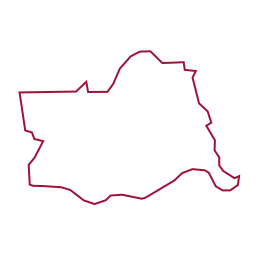 Perry, Tennessee, United States of America (Equal Earth projection), rotated 263°
{"feature_id": "52423323B62285157730678", "entity_name": "Perry", "entity_type": "district", "adm_level": 2, "iso_a3": "USA", "parent_name": "United States of America", "parent_adm1": "Tennessee", "projection": "equal_earth", "projection_center": [-87.883, 35.632], "detail": "fine", "context": "isolated", "style": "outline", "palette": "rose", "viewbox_px": 256, "rotation_deg": 263, "n_neighbors": 0, "source": "geoboundaries", "source_scale": "gbopen_adm2", "svg_char_len": 768}
<svg xmlns="http://www.w3.org/2000/svg" viewBox="0 0 256 256"><g transform="rotate(263 128 128)"><path d="M176.5,24.7L138.1,25.7L135.3,32.1L128.5,33.7L125.3,42.2L110.0,31.7L103.5,24.9L83.8,23.6L82.2,26.7L80.8,36.2L77.3,54.6L73.5,63.2L61.6,75.2L56.6,85.4L59.0,97.1L63.1,102.5L62.5,113.9L56.1,133.1L56.8,137.1L70.2,167.5L76.7,176.4L79.3,187.0L76.7,198.9L73.8,202.7L59.5,208.0L54.5,214.4L53.6,221.7L58.0,230.1L66.7,232.4L65.2,227.6L73.8,217.2L79.8,214.0L87.7,215.0L95.3,211.2L105.2,212.8L120.7,206.0L123.1,211.3L134.8,209.1L143.8,201.5L170.2,198.2L176.3,202.3L178.8,191.4L186.5,191.3L188.3,170.0L201.4,159.6L202.4,149.0L198.7,139.3L187.9,127.1L173.7,118.8L166.4,112.0L168.6,92.8L178.9,92.2L170.5,80.9L176.5,24.7Z" fill="none" stroke="#9f1239" stroke-width="2"/></g></svg>